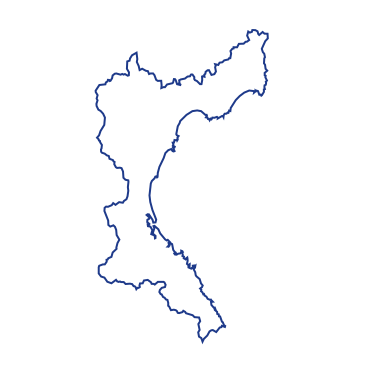 Nuquí, Chocó, Colombia, rotated 167°
{"feature_id": "7082276B77502299141728", "entity_name": "Nuquí", "entity_type": "district", "adm_level": 2, "iso_a3": "COL", "parent_name": "Colombia", "parent_adm1": "Chocó", "projection": "mercator", "projection_center": [-77.319, 5.746], "detail": "fine", "context": "isolated", "style": "outline", "palette": "blue", "viewbox_px": 384, "rotation_deg": 167, "n_neighbors": 0, "source": "geoboundaries", "source_scale": "gbopen_adm2", "svg_char_len": 6061}
<svg xmlns="http://www.w3.org/2000/svg" viewBox="0 0 384 384"><g transform="rotate(167 192 192)"><path d="M225.7,333.8L227.7,326.7L226.5,322.8L227.3,319.9L228.5,319.8L230.8,322.0L232.3,321.8L233.4,322.7L235.2,322.4L239.1,324.5L240.7,324.6L243.1,323.4L244.3,320.8L246.4,318.7L247.1,318.6L247.5,319.8L248.7,320.2L249.4,318.8L251.3,318.1L252.2,316.4L258.2,317.1L263.1,312.4L263.3,311.0L262.2,307.6L263.9,304.5L263.4,302.6L265.3,299.4L265.6,297.2L264.7,293.3L262.8,291.5L261.0,288.3L260.1,284.1L262.4,277.1L267.4,272.0L269.8,268.1L272.3,266.3L271.1,264.3L271.1,263.1L270.2,262.4L270.3,261.1L269.2,258.1L270.4,254.7L271.1,254.0L271.5,251.7L270.9,250.5L268.4,249.0L266.8,246.9L265.0,245.8L264.9,242.9L261.9,240.9L261.6,239.5L260.7,238.7L261.5,236.6L260.6,233.3L259.6,232.3L256.8,231.9L255.3,231.1L254.6,227.5L255.6,221.3L254.1,218.9L251.5,217.7L251.6,216.3L253.4,211.1L253.8,207.5L255.8,202.3L257.5,199.7L260.3,198.6L261.8,197.1L265.3,198.5L269.4,196.7L271.3,198.9L273.2,197.2L277.2,196.5L279.0,197.1L280.7,196.2L281.6,193.2L280.1,183.1L280.9,178.7L279.4,176.7L276.1,177.2L274.9,175.4L274.4,172.2L275.1,167.0L273.5,161.9L276.1,159.0L278.2,154.9L278.3,153.6L282.9,150.9L285.1,146.9L288.4,146.3L289.4,145.2L290.5,145.2L290.8,143.3L293.2,141.1L295.2,141.5L299.0,141.0L299.8,139.7L301.2,133.6L299.6,130.1L296.6,128.3L294.7,123.6L291.0,121.2L285.8,123.5L285.0,121.7L283.7,120.9L282.3,121.0L281.4,120.2L278.8,119.6L277.4,117.3L273.0,116.6L271.0,115.7L270.1,113.4L269.1,113.1L268.4,112.1L268.1,109.8L266.7,110.9L265.6,110.6L264.2,111.2L264.2,112.8L263.2,114.6L260.6,114.1L258.7,116.6L254.9,116.3L252.3,113.3L252.0,111.6L249.8,111.0L249.1,110.2L245.5,112.1L239.9,110.8L239.2,110.1L238.6,107.5L239.7,105.5L243.0,105.4L245.3,103.8L246.3,101.9L245.5,99.5L244.6,99.1L243.8,96.2L242.5,95.2L241.6,93.2L240.2,92.4L240.1,89.3L240.8,86.5L240.0,85.5L239.1,81.6L236.2,81.4L234.4,80.5L233.5,79.4L233.1,77.5L231.8,76.9L228.4,77.1L227.2,78.2L225.6,76.7L225.1,75.2L219.1,71.8L217.7,69.5L213.3,68.1L213.1,64.3L215.5,61.9L215.6,55.9L217.5,53.9L217.7,49.5L215.8,47.6L215.4,43.8L213.5,46.2L209.4,48.7L206.3,52.2L204.3,52.9L202.8,52.8L199.9,50.1L195.5,53.7L193.8,53.7L193.0,54.9L190.3,53.1L189.8,54.0L190.8,55.1L191.3,58.2L192.0,58.9L192.6,64.4L193.7,64.8L193.5,66.8L194.8,67.5L194.5,69.6L196.3,71.9L196.3,73.3L195.6,72.8L195.8,74.3L196.8,74.4L198.5,77.6L198.2,80.6L196.4,80.4L197.8,82.6L197.7,83.7L198.0,83.0L198.7,82.9L200.8,84.4L201.5,86.8L203.0,88.2L203.2,89.9L204.0,89.8L204.4,91.9L205.5,93.3L204.9,94.6L205.8,96.1L203.7,97.0L202.6,98.5L203.8,100.9L204.1,105.4L206.7,108.9L207.1,110.2L206.9,113.1L207.8,116.5L206.1,117.6L205.4,119.3L206.0,119.0L206.8,119.4L206.6,119.9L207.8,120.0L208.2,117.8L209.3,118.0L210.0,117.5L212.4,119.3L212.1,120.8L211.0,120.5L210.5,122.2L212.1,121.7L213.1,123.1L211.7,126.0L211.4,128.1L212.4,127.9L211.9,129.0L213.8,128.2L215.0,129.3L214.4,130.8L215.7,131.8L215.1,132.8L215.2,135.7L214.5,135.7L214.7,136.5L215.7,137.2L216.0,135.8L217.3,134.8L219.4,135.0L221.1,134.4L222.6,134.9L223.5,136.9L222.4,135.6L221.3,135.4L221.5,136.7L222.4,137.6L223.3,139.8L223.1,145.7L225.5,147.0L226.0,144.9L227.3,143.8L227.7,143.7L227.1,144.1L227.9,144.3L226.3,145.4L226.3,147.7L224.7,148.0L226.4,150.8L227.4,150.4L228.8,151.8L232.3,158.8L233.2,163.3L236.3,167.5L237.2,167.4L237.1,166.7L236.1,166.7L236.2,166.3L239.6,160.4L237.4,157.4L238.0,155.3L238.5,155.2L238.2,157.1L238.6,158.3L241.2,160.1L239.2,163.8L240.3,167.6L242.6,168.6L242.5,170.0L241.6,169.4L240.7,170.4L242.4,172.8L241.7,175.0L239.7,175.6L239.2,176.6L241.4,179.8L240.3,180.3L239.0,179.9L236.7,173.8L236.6,170.9L234.4,170.6L233.1,173.1L234.6,183.4L234.9,191.6L234.2,198.2L230.2,209.6L228.6,211.8L225.5,213.7L224.3,215.2L223.2,215.3L222.8,214.1L222.2,214.4L221.0,218.4L218.1,223.8L212.0,231.4L209.2,235.9L205.7,238.1L202.6,238.5L201.7,236.2L200.7,235.6L199.8,235.8L200.6,239.9L200.0,240.2L199.7,239.5L199.4,240.1L198.9,239.6L198.6,240.0L200.2,241.5L199.5,242.4L199.7,244.4L198.5,244.2L197.4,246.5L196.8,246.1L195.0,246.4L194.9,245.5L194.1,246.3L193.9,248.3L192.5,249.5L194.0,250.7L194.3,251.9L191.1,259.2L188.6,261.9L187.5,263.8L180.0,268.4L173.4,270.7L168.6,270.3L164.9,268.7L161.6,264.1L160.4,263.9L160.3,262.9L161.6,261.6L160.2,261.0L160.0,259.5L159.0,259.2L158.7,258.0L158.0,258.9L157.4,258.5L157.2,259.2L156.4,258.7L155.4,259.9L153.5,259.3L150.8,259.6L150.1,258.7L150.4,257.8L145.6,259.3L144.8,259.1L144.5,257.9L143.9,259.6L142.6,260.9L140.7,260.6L139.4,261.4L138.7,261.0L137.5,263.0L136.4,262.3L135.4,265.1L128.7,271.7L123.9,274.8L118.7,277.1L113.4,278.0L108.5,276.2L109.1,274.9L107.5,275.7L107.3,276.5L106.9,275.9L106.4,276.3L105.0,275.5L104.5,271.6L103.2,271.5L102.8,270.3L102.1,270.6L99.4,273.4L98.9,275.8L97.8,275.9L97.9,277.8L97.3,279.6L96.0,279.9L95.2,281.7L95.3,282.8L93.9,283.7L94.7,287.2L94.1,288.7L94.9,289.3L94.4,291.7L91.4,293.3L92.6,295.5L92.2,299.5L92.9,301.2L91.5,306.0L90.6,306.9L90.5,310.4L91.5,312.4L91.8,315.8L86.7,322.5L83.6,324.6L82.8,329.2L85.8,330.0L87.2,332.0L91.2,329.9L91.9,331.1L92.0,333.8L93.9,335.5L96.8,336.2L97.6,334.6L99.8,334.3L101.1,335.7L103.1,331.9L102.1,327.2L104.6,326.1L106.0,326.3L108.3,324.9L113.0,325.8L115.5,322.9L118.9,323.7L119.2,322.5L120.5,322.5L122.8,320.7L122.7,318.2L124.6,313.8L125.8,314.0L126.8,313.0L131.0,313.0L133.2,311.6L136.1,311.8L137.8,309.9L140.7,311.3L140.5,309.7L141.4,308.4L141.6,304.0L143.7,301.8L146.7,301.7L148.1,306.9L149.5,307.1L151.7,306.0L152.4,304.2L153.6,303.6L153.9,301.5L155.4,302.4L156.2,302.3L156.9,298.7L158.5,295.0L159.9,295.3L162.2,299.0L164.0,300.4L164.4,301.7L163.9,303.4L165.1,306.3L165.7,306.6L166.7,306.6L167.9,305.2L170.4,305.5L173.4,304.1L177.6,304.2L179.4,303.7L179.5,301.7L180.2,301.0L179.1,299.4L179.4,298.9L182.3,300.4L182.7,304.7L183.2,305.8L184.2,306.1L185.8,302.9L186.6,302.4L192.1,302.4L194.8,300.2L196.1,300.6L198.5,300.2L197.6,302.8L197.0,307.3L200.4,308.0L201.7,309.4L202.3,314.3L203.3,316.3L205.8,316.8L207.3,316.6L207.8,319.7L209.7,320.5L212.8,323.3L215.6,322.6L215.6,326.8L216.5,331.1L215.4,333.8L214.7,340.2L219.7,338.7L222.3,336.1L223.3,334.0L225.7,333.8Z" fill="none" stroke="#1e3a8a" stroke-width="2"/></g></svg>